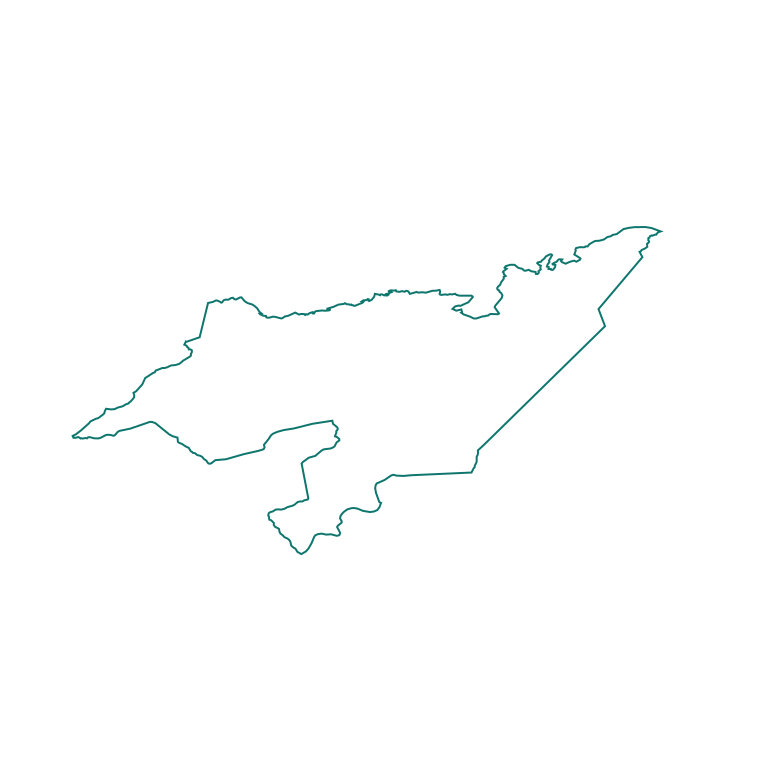 Turkana East, Rift Valley, Kenya (Equal Earth projection), rotated 251°
{"feature_id": "3690345B18632189504967", "entity_name": "Turkana East", "entity_type": "district", "adm_level": 2, "iso_a3": "KEN", "parent_name": "Kenya", "parent_adm1": "Rift Valley", "projection": "equal_earth", "projection_center": [36.31, 1.871], "detail": "fine", "context": "isolated", "style": "outline", "palette": "teal", "viewbox_px": 768, "rotation_deg": 251, "n_neighbors": 0, "source": "geoboundaries", "source_scale": "gbopen_adm2", "svg_char_len": 6146}
<svg xmlns="http://www.w3.org/2000/svg" viewBox="0 0 768 768"><g transform="rotate(251 384 384)"><path d="M436.3,72.7L434.3,72.9L434.2,73.8L433.6,74.4L433.3,77.8L431.2,79.5L431.3,80.1L430.5,81.4L430.1,84.2L429.3,85.5L429.9,86.8L429.7,88.2L426.9,92.5L425.5,96.4L425.4,98.7L426.3,104.6L426.1,105.7L425.0,108.6L423.0,111.6L423.4,113.3L425.3,116.4L425.8,118.6L424.4,129.5L424.4,150.3L423.6,152.4L421.4,155.1L406.2,164.6L403.5,167.1L400.5,171.3L396.4,170.3L395.2,171.0L393.1,173.5L389.7,176.0L387.2,178.6L383.3,179.4L382.3,180.4L381.0,181.0L380.2,182.7L377.6,184.3L376.0,186.8L374.2,188.4L371.7,189.3L369.5,191.0L366.2,192.0L365.3,193.2L365.3,195.1L366.9,199.7L364.3,210.1L363.3,228.8L361.7,243.2L361.5,248.2L361.7,249.2L363.1,250.5L365.6,250.7L369.7,257.2L372.1,260.2L373.1,262.6L373.5,267.4L373.1,274.2L371.3,284.3L369.7,303.2L366.1,323.2L363.0,322.8L358.3,325.7L356.9,325.7L356.1,325.4L354.9,323.5L353.7,323.2L350.5,320.6L349.2,322.2L346.6,323.8L345.2,323.4L344.3,320.3L341.1,316.9L340.6,315.1L340.4,312.6L341.8,305.9L341.5,303.6L338.4,295.6L338.8,288.9L336.6,281.8L335.6,280.2L300.5,275.2L299.9,274.7L299.6,274.2L300.0,270.8L299.5,268.6L300.3,266.3L300.5,263.9L299.0,260.1L298.7,258.0L299.0,252.6L298.4,249.1L298.7,246.0L300.1,242.6L300.5,240.6L299.7,237.3L299.9,234.7L299.3,232.9L298.7,232.5L297.2,231.7L295.7,232.1L294.3,231.5L293.0,231.5L291.8,233.0L288.5,234.6L286.6,233.9L284.6,234.4L281.3,237.5L277.9,237.1L276.3,237.4L273.4,239.3L271.8,239.8L269.4,242.3L267.7,243.5L265.4,244.1L261.4,243.7L259.1,244.9L257.1,246.7L253.6,247.4L250.1,250.4L251.1,255.6L252.9,258.9L257.2,263.8L262.2,268.2L263.1,269.4L263.5,271.0L263.5,272.9L262.9,276.1L260.4,280.4L259.1,285.1L255.9,289.8L255.6,291.7L255.8,292.7L257.4,294.1L264.0,293.1L265.1,294.3L266.7,298.8L268.0,299.3L271.2,298.7L273.2,299.8L275.0,302.1L276.4,305.0L277.4,308.6L277.2,312.6L276.7,314.7L275.9,316.4L274.8,318.4L270.9,322.8L267.5,329.0L266.7,333.0L267.0,336.7L269.2,339.8L272.6,342.5L273.5,341.4L274.4,341.1L283.7,341.0L288.3,341.7L290.8,343.0L292.3,344.7L293.1,353.5L295.2,361.1L295.2,363.1L293.3,366.0L290.8,372.3L288.8,380.3L271.8,437.9L275.3,441.5L275.7,442.5L277.0,443.1L280.3,446.3L285.2,448.0L286.1,449.2L288.3,450.5L290.6,451.1L293.9,458.6L366.7,611.8L385.0,611.2L419.8,669.6L425.8,668.7L425.9,670.0L426.8,671.2L427.2,675.1L428.0,677.6L431.0,678.4L431.5,680.2L432.5,681.1L433.8,680.7L435.9,681.5L435.9,682.5L437.1,683.5L437.3,685.7L436.8,686.1L437.0,688.9L436.6,690.0L438.2,692.4L438.2,695.3L444.3,687.8L447.2,682.5L450.7,672.1L451.9,666.5L452.5,660.9L450.0,652.9L450.5,648.6L449.9,646.8L450.2,643.0L449.1,639.2L449.1,637.6L449.4,634.0L450.4,630.6L450.4,629.2L449.3,623.6L447.8,621.4L448.5,619.2L448.1,618.5L448.2,617.5L449.6,613.7L450.0,609.9L448.9,608.8L447.6,608.7L444.5,606.1L439.2,610.4L438.5,610.6L437.7,609.7L437.0,605.8L438.8,603.7L439.0,599.3L438.6,595.0L441.2,592.0L442.6,591.4L443.7,593.0L444.9,590.3L444.7,589.2L443.3,586.9L443.1,583.9L442.6,582.4L442.0,582.6L440.8,584.8L438.9,583.9L437.1,581.3L437.0,580.5L437.7,579.1L438.4,579.2L439.2,577.0L440.9,577.8L441.9,576.3L443.8,577.6L445.4,580.1L447.0,580.2L451.1,584.9L452.0,584.5L452.6,583.1L451.9,578.6L450.4,576.5L449.4,573.5L448.5,572.2L448.9,569.1L448.4,568.2L446.0,569.4L444.8,570.8L443.3,569.7L441.2,569.5L440.4,566.8L438.8,566.6L438.0,565.1L438.7,563.4L440.6,563.8L442.7,559.8L444.8,558.1L445.1,554.3L445.8,553.3L447.9,552.2L450.0,548.9L454.2,546.2L455.6,542.2L455.8,537.4L454.6,535.9L453.0,537.5L451.6,533.4L451.1,532.9L449.7,533.4L448.7,533.1L446.5,534.2L446.3,532.0L444.5,531.5L441.9,527.7L440.0,526.1L438.8,523.3L437.8,522.2L436.3,522.1L434.9,523.4L433.6,523.2L431.9,524.4L429.1,524.8L427.0,523.3L421.8,514.7L420.6,513.6L413.3,515.7L412.9,515.1L412.9,514.4L415.6,507.3L414.8,504.4L415.4,502.5L415.2,501.3L415.8,499.6L415.9,492.6L416.8,490.1L419.6,487.4L423.9,481.9L426.3,480.2L426.5,481.2L429.3,481.4L429.8,476.2L432.7,473.2L434.2,476.5L433.9,480.1L433.0,481.5L433.8,490.4L437.3,496.3L438.2,496.1L439.1,495.3L442.9,484.2L444.6,481.6L446.1,480.7L446.5,477.6L447.5,475.5L447.7,472.9L448.7,471.3L449.6,467.1L450.5,466.0L451.1,465.9L453.0,467.2L454.8,467.2L455.3,463.7L456.4,459.9L456.7,453.4L458.3,450.0L459.3,446.0L460.4,444.9L460.8,437.8L463.7,437.1L464.7,435.7L464.9,434.9L464.5,433.5L465.9,431.4L466.2,428.4L467.6,425.7L468.8,425.7L469.2,423.4L470.4,420.8L470.2,418.7L469.8,418.7L469.3,420.5L468.4,421.0L468.3,418.6L466.9,417.2L466.6,415.8L466.9,415.1L468.3,416.0L468.4,415.1L467.7,413.0L469.3,411.5L469.8,409.9L469.2,409.2L470.1,408.3L472.2,404.7L469.7,403.1L467.5,399.5L467.3,396.9L467.8,396.6L469.1,397.1L469.6,396.2L469.0,394.9L469.8,391.8L469.3,389.9L468.4,391.2L467.8,390.2L467.4,382.1L467.6,381.2L468.7,380.2L468.9,379.3L469.8,378.9L469.9,377.7L470.7,376.9L471.6,374.6L473.1,373.5L472.8,372.1L473.9,366.7L473.4,361.5L473.7,355.0L473.3,354.8L472.7,356.8L472.0,357.1L471.6,356.9L471.5,356.0L472.4,352.3L473.7,349.3L475.0,343.5L474.7,342.1L473.5,340.9L473.8,339.7L474.2,339.5L474.6,339.5L475.2,340.8L475.2,336.4L474.6,335.0L474.6,334.3L475.1,333.8L474.9,331.9L475.3,331.6L475.8,331.8L476.3,330.8L477.3,328.2L477.3,326.3L480.4,323.3L479.7,315.8L480.1,312.1L479.4,309.7L479.4,308.2L483.2,302.5L483.9,300.4L484.0,297.5L484.8,295.0L485.4,294.4L486.8,294.5L487.9,292.0L490.2,289.6L490.9,289.3L490.6,291.1L492.8,289.7L496.7,288.8L499.6,287.2L502.1,285.3L504.9,281.4L507.5,279.3L512.3,277.4L512.7,276.2L512.1,271.4L513.0,270.1L514.7,269.3L515.0,267.3L514.4,264.1L515.4,261.6L515.3,259.5L513.9,257.5L513.9,256.6L515.8,255.1L517.5,253.0L517.7,252.1L517.3,248.9L517.9,244.0L488.2,224.9L488.2,210.5L488.5,210.4L486.2,208.0L484.4,209.9L482.9,210.0L482.0,210.9L480.3,210.7L479.8,212.2L478.4,213.3L476.5,212.6L475.4,211.2L473.9,210.8L473.2,209.8L471.5,201.8L469.7,197.2L469.8,193.1L470.9,188.4L470.4,184.6L470.5,182.0L471.3,179.7L471.0,172.4L469.7,171.1L469.6,169.0L467.4,160.2L462.3,155.3L457.8,147.2L457.2,144.2L454.9,144.2L452.7,143.4L449.9,138.7L449.7,137.5L448.8,136.1L448.8,133.1L448.0,129.8L448.4,124.4L447.9,121.3L448.9,117.5L451.1,113.1L449.1,111.1L447.4,110.0L446.7,108.7L444.8,102.9L444.9,100.0L444.2,94.2L442.9,92.3L438.7,82.2L436.7,76.2L436.3,72.7Z" fill="none" stroke="#0f766e" stroke-width="2"/></g></svg>